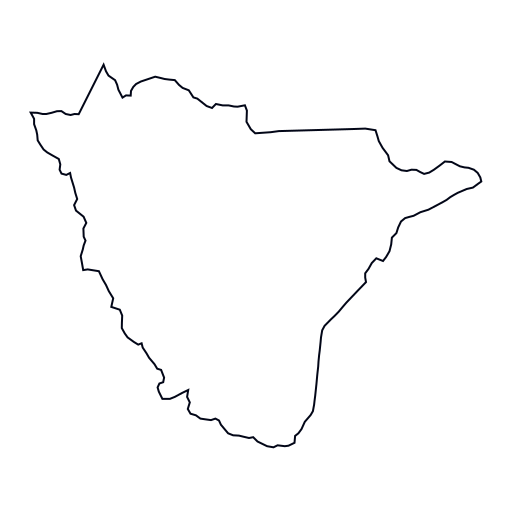 outline of Rio Branco, Mato Grosso, Brazil
{"feature_id": "56859067B25898404053015", "entity_name": "Rio Branco", "entity_type": "district", "adm_level": 2, "iso_a3": "BRA", "parent_name": "Brazil", "parent_adm1": "Mato Grosso", "projection": "natural_earth1", "projection_center": [-58.151, -15.281], "detail": "fine", "context": "isolated", "style": "outline", "palette": "ink", "viewbox_px": 512, "rotation_deg": 0, "n_neighbors": 0, "source": "geoboundaries", "source_scale": "gbopen_adm2", "svg_char_len": 2700}
<svg xmlns="http://www.w3.org/2000/svg" viewBox="0 0 512 512"><path d="M149.1,357.8L154.5,364.2L157.2,368.7L161.1,369.9L164.1,377.6L163.2,382.2L159.4,383.5L157.6,387.4L158.8,391.6L162.4,398.9L169.8,398.9L174.8,396.9L182.0,393.0L188.2,390.0L187.1,396.9L189.8,402.4L187.8,409.0L190.5,413.7L195.9,415.3L200.4,418.6L205.8,419.4L211.0,420.1L215.4,418.6L219.0,420.5L220.9,424.7L225.4,430.1L228.1,433.3L233.1,435.3L238.9,435.6L243.0,436.6L249.0,438.0L253.2,437.2L257.5,441.5L267.1,446.2L273.5,447.3L277.6,445.3L284.8,446.2L288.5,445.7L294.5,442.8L295.1,435.9L298.4,433.3L301.5,429.1L304.8,421.8L310.6,415.1L312.9,411.2L314.1,404.7L314.6,400.3L315.2,395.7L316.4,384.4L317.3,374.6L318.2,366.5L318.5,361.6L319.1,355.3L319.7,350.7L320.6,341.9L321.0,337.4L322.2,330.3L324.6,325.8L330.9,319.4L334.5,316.0L338.7,311.7L343.3,306.2L346.4,302.6L357.9,290.5L366.0,282.1L365.2,277.6L365.2,273.3L368.5,268.9L371.8,263.0L376.3,258.3L383.0,261.0L386.1,257.0L389.5,251.2L391.2,244.4L391.9,237.6L396.4,233.1L398.2,227.4L401.0,221.5L405.1,218.1L409.3,216.9L413.6,215.8L420.4,212.2L428.4,209.7L437.5,204.9L443.1,201.9L446.6,199.9L450.3,197.1L454.0,194.9L457.8,192.8L466.7,189.0L472.9,187.6L478.2,183.7L481.3,181.5L480.3,177.4L477.7,172.9L473.9,169.7L468.5,167.8L464.5,167.4L459.9,166.3L451.6,162.0L444.9,161.5L439.6,165.6L433.8,169.8L429.2,172.6L424.1,173.9L420.1,172.0L416.4,169.9L411.5,169.7L406.9,171.0L401.5,170.3L396.4,167.9L389.5,161.3L388.1,155.3L385.6,151.9L382.6,147.9L378.8,141.1L377.4,136.2L375.5,130.2L365.3,128.6L353.9,129.0L347.2,129.2L322.0,129.9L278.8,131.1L270.7,132.2L255.2,133.3L250.8,129.2L246.5,121.8L246.9,110.6L244.9,105.3L237.6,106.7L233.9,106.5L228.6,105.4L222.7,105.4L215.9,104.0L212.0,108.0L206.6,106.0L197.3,98.6L193.4,97.4L188.8,90.3L182.6,87.9L179.0,84.9L174.8,80.1L169.4,79.6L164.6,79.0L161.1,78.1L155.2,76.7L140.9,81.5L136.1,84.0L133.3,86.9L131.0,90.9L130.7,95.6L126.0,95.4L122.5,97.6L118.4,89.7L117.1,84.7L115.1,80.2L108.5,75.6L106.0,71.3L103.6,64.7L78.7,114.2L74.5,114.0L70.6,115.0L65.7,114.0L61.4,111.1L57.0,111.2L51.6,112.8L46.3,114.0L42.6,114.0L37.2,112.8L30.7,112.6L34.1,118.8L34.1,124.2L36.3,130.4L37.2,134.7L37.7,140.4L40.3,144.6L43.6,149.5L47.2,152.4L52.2,155.3L58.8,159.0L60.3,164.4L59.6,169.7L61.5,173.6L66.3,174.9L70.1,173.0L71.0,177.5L74.1,187.6L75.3,192.9L77.2,199.0L74.1,205.1L76.0,210.6L83.6,216.7L86.3,222.9L83.4,228.5L83.7,236.7L85.5,240.6L83.7,245.4L82.8,249.4L80.7,256.2L81.8,262.2L83.2,270.1L87.7,269.4L98.9,271.2L102.6,279.2L106.0,285.0L108.8,291.1L113.2,298.3L111.3,306.9L119.8,309.7L122.2,315.6L121.9,322.8L121.8,328.1L124.8,333.5L127.6,337.4L133.8,341.9L138.2,344.6L141.6,343.3L142.7,347.6L146.5,353.3L149.1,357.8Z" fill="none" stroke="#020617" stroke-width="2"/></svg>